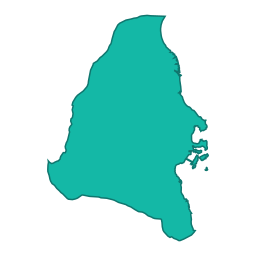 outline of Massawa, Semenawi Keyih Bahri, Eritrea
{"feature_id": "51966322B1208427285915", "entity_name": "Massawa", "entity_type": "district", "adm_level": 2, "iso_a3": "ERI", "parent_name": "Eritrea", "parent_adm1": "Semenawi Keyih Bahri", "projection": "mercator", "projection_center": [39.431, 15.642], "detail": "fine", "context": "isolated", "style": "filled", "palette": "teal", "viewbox_px": 256, "rotation_deg": 0, "n_neighbors": 0, "source": "geoboundaries", "source_scale": "gbopen_adm2", "svg_char_len": 5939}
<svg xmlns="http://www.w3.org/2000/svg" viewBox="0 0 256 256"><path d="M195.2,230.6L193.3,230.3L193.0,228.6L192.3,227.1L191.3,224.3L191.1,221.6L191.4,219.4L190.7,214.2L190.9,213.6L191.6,213.3L189.9,210.9L189.9,210.3L188.9,209.0L188.9,207.6L189.3,207.6L189.3,207.3L189.1,206.1L188.5,206.3L188.4,206.0L188.9,204.7L188.0,203.0L187.9,201.0L186.3,201.3L186.5,200.7L187.0,200.6L186.9,199.7L186.2,199.0L185.7,199.0L185.2,199.4L184.0,198.6L184.0,198.0L183.1,195.5L182.1,194.2L181.1,192.1L181.3,187.4L180.7,184.7L180.9,183.8L181.4,183.7L181.6,183.0L181.6,181.8L181.1,180.5L180.2,180.4L180.1,179.9L179.4,179.4L179.1,178.0L178.4,177.7L177.8,176.5L176.7,176.2L176.6,175.0L175.3,173.4L175.3,172.1L174.7,171.3L175.2,170.1L174.7,168.9L175.3,168.1L175.3,166.6L176.4,164.8L178.9,164.0L180.4,163.0L181.0,163.0L181.1,163.3L181.6,163.4L182.0,163.4L182.6,162.9L183.7,162.6L185.1,160.1L185.2,159.5L185.7,158.9L192.8,162.6L192.6,163.1L190.9,163.5L190.7,163.9L191.7,163.9L191.6,164.6L192.0,164.5L192.3,164.1L193.1,164.9L193.2,165.9L192.6,167.0L192.5,167.7L192.7,168.5L193.1,168.5L193.5,167.5L194.2,167.6L194.3,167.8L194.9,167.6L195.7,165.9L195.6,165.6L194.9,165.2L195.2,163.9L196.2,163.8L196.5,163.2L196.5,162.2L197.9,160.1L197.8,158.3L198.1,158.2L198.3,157.7L197.9,155.8L196.8,155.3L196.7,155.7L196.0,156.4L194.8,158.9L194.4,159.6L193.6,160.2L192.9,162.1L186.2,158.4L188.7,154.7L190.1,154.6L190.9,154.3L191.0,152.3L191.2,151.6L189.1,151.5L189.2,150.9L193.3,150.8L193.4,151.9L194.1,152.1L195.5,151.3L195.9,151.6L195.8,152.5L196.8,152.4L198.0,152.9L198.0,153.6L198.4,153.8L198.8,153.3L199.8,153.2L201.5,152.1L201.5,150.6L200.6,150.4L199.7,150.9L198.1,150.7L196.5,150.1L196.0,149.8L196.0,149.4L195.7,149.3L194.5,149.8L194.1,149.8L193.3,149.1L193.2,147.6L192.6,146.4L192.6,146.0L193.3,145.9L193.8,146.2L194.2,147.1L194.9,147.4L197.5,146.9L198.5,147.1L200.7,147.0L201.0,146.6L202.4,146.1L203.4,146.5L204.8,147.7L205.3,148.6L205.0,149.8L205.3,150.2L206.0,149.9L207.2,148.9L207.3,147.6L206.7,145.4L206.9,144.7L206.9,142.0L206.8,141.4L206.1,140.6L203.5,141.3L203.0,141.1L202.9,140.5L201.8,139.9L201.8,139.4L201.5,139.5L201.4,140.2L201.0,140.4L200.4,139.7L200.1,140.0L200.1,141.4L199.4,142.0L199.1,142.9L198.5,143.4L197.2,143.8L194.7,143.2L193.9,143.2L192.7,142.5L191.9,141.3L191.6,140.0L191.5,135.4L192.0,134.1L193.3,132.7L194.0,130.7L194.5,129.9L194.5,128.4L194.1,127.1L194.5,126.1L195.2,125.8L195.6,126.5L196.4,125.8L197.7,125.7L198.2,127.1L199.6,127.7L199.8,128.2L199.6,129.4L199.8,129.9L200.6,130.3L200.8,131.3L201.9,130.5L203.7,130.5L204.7,129.7L205.9,129.3L206.2,127.7L206.8,127.6L207.0,126.3L206.6,125.2L205.5,124.0L205.2,121.6L205.8,120.3L205.2,120.2L205.1,120.7L204.4,120.7L201.6,118.8L201.5,118.1L200.8,117.1L200.3,116.8L199.3,116.9L198.3,116.2L195.4,112.2L193.9,110.5L192.2,110.0L190.3,107.7L189.5,107.1L187.6,106.4L186.1,105.0L184.9,103.5L184.1,102.1L182.8,98.7L182.4,97.0L180.2,94.4L180.5,93.8L180.3,93.2L179.5,93.2L178.7,92.9L179.6,92.3L179.9,91.4L180.2,91.4L180.8,92.0L181.1,91.9L181.1,91.2L180.7,86.5L179.8,80.5L179.7,76.4L178.8,75.2L179.4,75.2L179.9,75.9L180.4,76.0L181.2,75.4L181.0,75.1L177.7,73.4L178.0,73.0L177.9,72.5L176.5,72.3L175.7,71.4L174.9,71.1L174.7,70.8L174.8,70.5L176.0,71.2L178.7,71.5L179.5,71.9L179.5,72.5L179.8,72.4L179.5,70.2L179.3,70.0L179.0,70.4L178.6,70.3L178.3,68.9L178.3,68.2L178.5,68.1L179.1,68.2L179.3,69.3L179.4,69.0L179.3,67.2L178.4,66.2L178.8,66.1L179.0,66.3L179.1,65.9L179.0,65.5L178.6,65.4L178.5,64.3L175.6,64.2L175.9,63.8L178.3,63.7L178.2,62.9L177.6,60.9L176.6,60.8L176.4,60.5L176.5,59.8L177.5,60.2L176.2,56.6L176.0,56.4L175.6,56.4L174.8,55.3L174.4,53.6L174.3,54.8L173.1,54.5L173.1,54.1L173.4,53.5L172.5,52.5L172.0,52.3L171.0,52.6L170.2,52.3L170.7,52.0L170.4,50.4L169.7,50.3L169.2,49.8L166.0,46.8L165.6,45.4L164.1,43.6L163.1,41.7L161.7,37.9L161.2,35.7L160.6,30.9L160.6,28.5L161.1,24.9L162.3,21.0L165.1,16.3L150.9,15.8L147.1,15.4L141.4,16.0L139.8,16.4L137.5,17.6L136.3,17.9L133.9,18.2L131.2,19.0L126.0,20.1L119.6,23.3L117.8,25.0L115.2,30.1L114.3,31.4L112.2,38.7L111.2,43.1L110.7,44.2L110.1,44.8L109.2,46.4L108.1,49.5L107.4,50.6L106.6,51.7L102.2,56.1L100.1,57.6L97.3,61.0L93.4,63.4L93.0,65.0L90.6,70.1L88.5,80.9L88.2,83.7L87.1,86.5L83.3,91.0L77.5,95.3L75.7,97.4L72.9,102.1L72.1,105.1L73.2,105.9L72.2,109.8L73.0,113.2L73.0,114.2L72.4,117.6L71.0,118.9L70.7,121.1L71.8,124.1L71.3,125.1L70.0,126.7L69.3,128.4L69.1,130.3L69.6,132.0L67.9,139.0L67.3,141.0L66.3,142.8L65.2,146.5L65.5,148.4L66.1,149.7L66.0,151.0L65.3,152.7L63.3,152.6L60.8,156.3L60.3,157.7L60.1,159.0L58.2,161.0L57.5,161.0L54.4,162.4L53.5,163.1L51.5,163.5L49.7,162.5L48.3,160.9L48.5,162.1L48.0,165.0L47.8,169.6L47.9,171.6L49.2,175.5L50.0,179.3L50.7,181.3L52.1,183.6L54.5,185.3L56.8,188.4L59.5,190.9L60.9,192.5L62.8,193.9L67.4,198.6L68.5,199.2L72.4,199.6L75.5,198.9L77.7,198.0L81.1,195.6L81.9,195.1L82.8,195.0L89.7,196.4L97.7,196.9L99.2,197.1L100.9,197.8L106.6,198.2L112.4,199.6L114.5,200.3L118.5,202.4L126.0,204.6L127.5,205.6L131.0,207.0L134.8,209.5L138.5,211.6L142.4,212.1L145.1,213.4L148.1,215.8L151.6,217.1L152.9,217.9L154.7,218.5L156.5,218.7L160.7,219.0L161.4,219.5L162.0,222.4L162.3,226.8L163.1,230.3L164.0,231.8L167.9,236.1L170.0,237.4L171.6,236.7L173.9,238.4L176.7,239.4L178.9,240.6L180.0,240.6L183.9,239.0L191.5,235.0L193.9,232.4L195.2,230.6ZM180.2,180.4L180.2,180.8L180.7,180.8L181.0,181.4L180.8,181.9L179.7,182.3L179.2,181.8L179.1,181.4L180.2,180.4ZM175.6,56.4L176.3,57.4L176.2,57.7L175.5,57.5L174.2,57.9L175.6,56.4ZM208.1,155.0L207.3,153.9L206.7,154.2L206.0,155.1L205.6,155.1L204.9,154.6L204.0,155.1L203.6,155.1L200.0,157.0L199.8,157.3L199.9,158.5L200.6,158.8L201.3,160.2L202.0,160.5L202.4,160.1L203.1,160.1L204.1,159.4L204.3,158.8L205.8,158.7L206.0,158.4L205.9,157.8L205.3,157.8L205.3,157.5L205.5,157.2L207.4,156.8L208.2,155.6L208.1,155.0ZM207.4,170.0L207.6,169.7L207.1,168.6L206.9,167.6L206.5,167.5L206.2,168.2L206.1,169.4L205.8,169.9L205.3,170.0L205.5,170.3L206.3,170.2L206.6,170.4L207.4,170.0Z" fill="#14b8a6" stroke="#0f766e" stroke-width="1.5"/></svg>